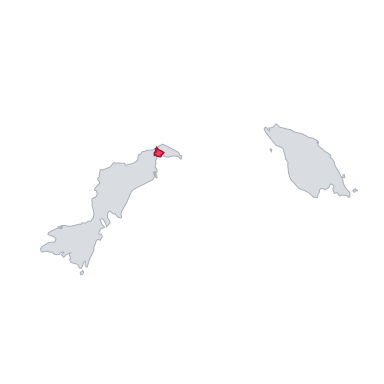 Simunjan, Sarawak, Malaysia (highlighted), rotated 166°
{"feature_id": "92858781B68418840965582", "entity_name": "Simunjan", "entity_type": "district", "adm_level": 2, "iso_a3": "MYS", "parent_name": "Malaysia", "parent_adm1": "Sarawak", "projection": "albers", "projection_center": [110.894, 1.279], "detail": "fine", "context": "in_parent", "style": "filled", "palette": "rose", "viewbox_px": 384, "rotation_deg": 166, "n_neighbors": 0, "source": "geoboundaries", "source_scale": "gbopen_adm2", "svg_char_len": 5000}
<svg xmlns="http://www.w3.org/2000/svg" viewBox="0 0 384 384"><g transform="rotate(166 192 192)"><path d="M325.3,190.7L323.3,190.4L320.4,188.6L317.5,188.0L309.1,188.1L307.9,187.5L306.2,188.6L303.3,187.7L301.6,187.8L299.8,188.9L297.2,188.0L295.9,189.5L294.2,190.5L292.4,194.7L292.0,199.8L292.4,202.8L291.5,204.6L291.2,208.1L290.6,209.6L288.2,210.3L287.2,209.8L285.0,212.0L284.5,212.8L284.4,216.3L286.1,217.4L286.1,218.1L282.6,220.9L279.6,222.6L279.2,224.0L280.4,227.0L279.9,228.5L278.3,229.2L277.1,233.0L275.7,235.5L275.2,235.8L273.1,235.0L265.1,236.1L262.8,238.1L260.5,239.4L258.7,238.2L257.8,238.3L250.4,236.1L250.1,234.3L249.3,233.9L241.6,234.1L236.9,236.1L235.1,240.9L232.5,241.4L230.7,243.1L227.3,242.9L225.3,243.4L222.1,242.6L219.0,242.5L209.2,245.6L206.1,243.4L196.5,234.7L195.2,233.2L194.9,230.5L193.8,230.0L193.5,229.3L193.3,228.5L194.8,226.4L196.3,229.2L198.7,230.7L202.8,231.8L206.6,231.4L212.0,234.3L213.7,234.7L215.6,234.5L219.0,236.7L221.0,236.8L218.3,235.3L217.8,234.1L218.1,232.9L219.9,231.1L220.1,228.4L221.5,225.8L221.7,224.5L220.8,223.6L220.6,221.9L221.3,219.6L223.1,220.8L224.6,220.5L224.6,216.4L225.8,214.6L227.6,213.3L245.9,209.2L248.9,208.2L250.9,206.9L257.5,198.1L265.4,189.8L266.4,186.9L266.3,184.8L266.8,184.3L267.6,184.0L269.4,185.1L270.3,185.9L271.9,189.5L273.4,189.6L276.0,193.0L276.6,193.4L277.4,193.2L279.4,191.0L279.9,189.4L279.5,189.1L280.4,187.3L279.6,186.1L278.8,181.9L283.4,178.9L283.4,182.4L284.8,187.3L287.1,188.0L288.3,187.7L287.6,186.2L287.4,183.3L286.7,181.4L285.3,178.9L289.1,178.4L292.1,175.7L292.5,174.0L290.6,173.1L289.9,171.8L289.8,170.5L292.8,167.3L293.2,168.2L295.1,168.5L296.0,168.4L297.3,167.1L298.0,165.3L300.3,162.7L301.6,158.6L307.4,152.1L312.0,144.4L312.9,145.0L313.2,147.1L312.2,150.7L314.2,149.8L317.7,144.7L319.8,145.5L319.7,146.9L320.5,149.5L326.3,152.8L327.1,156.1L325.8,157.4L326.3,160.6L325.8,161.6L323.9,162.5L329.1,161.6L332.2,159.7L334.0,162.8L331.1,164.1L331.7,165.4L334.5,164.6L336.2,163.5L337.9,163.7L340.6,165.0L341.4,165.7L341.9,167.2L343.9,167.8L347.9,169.9L351.5,169.8L352.8,170.9L352.7,173.6L350.8,175.3L343.2,177.6L341.3,177.5L338.5,176.7L336.5,177.2L335.3,179.8L337.6,182.5L341.5,185.2L342.0,185.9L341.3,187.2L332.4,189.4L330.6,189.2L327.3,187.9L325.3,190.7ZM39.0,152.8L40.0,149.1L41.3,148.9L42.7,151.1L47.3,152.8L48.8,152.3L49.4,152.6L50.0,153.2L51.3,156.2L54.3,156.3L54.6,161.0L53.2,162.8L53.0,164.0L55.2,166.2L56.4,165.7L57.5,163.7L62.5,161.8L64.4,164.0L66.3,164.0L67.7,163.2L68.7,160.7L70.7,158.8L71.4,156.4L74.3,157.1L75.4,157.6L78.5,162.7L82.7,166.3L85.8,168.3L87.7,170.2L92.8,179.5L93.4,182.4L93.7,187.0L92.8,193.9L91.8,197.3L92.0,198.9L93.3,201.4L92.9,203.7L93.0,211.1L94.6,213.7L99.1,216.9L105.7,231.1L106.8,235.1L106.2,236.6L105.0,237.0L104.0,236.2L103.4,234.2L101.8,232.7L102.0,235.5L99.1,235.1L97.1,235.5L94.7,237.4L93.5,237.5L91.5,233.9L84.0,229.8L81.2,228.7L78.3,225.6L71.7,222.2L67.5,218.8L65.7,216.8L61.4,214.9L59.6,212.8L57.8,211.6L58.8,209.5L57.9,205.5L54.9,201.9L53.4,199.4L50.6,196.8L48.4,193.7L49.7,192.8L47.5,189.4L46.8,187.0L46.8,182.4L44.6,175.9L42.7,166.9L43.1,163.8L42.6,160.4L39.0,152.8ZM317.9,141.4L316.9,142.3L316.7,139.9L318.0,138.7L319.9,138.4L320.0,140.6L319.5,141.2L317.9,141.4ZM34.5,152.4L35.7,154.2L34.8,155.2L34.1,154.9L32.8,155.7L31.4,154.0L31.2,153.2L32.9,153.3L34.5,152.4ZM223.7,220.0L223.2,220.2L222.5,219.6L222.3,214.6L222.8,214.2L223.6,215.1L223.7,220.0ZM42.4,169.9L41.2,172.2L40.0,171.9L40.2,169.2L40.9,168.9L42.4,169.9ZM330.4,190.5L328.1,190.8L326.5,190.8L326.7,189.4L327.5,189.2L330.4,190.5ZM105.9,214.5L104.6,214.5L104.3,213.9L105.3,212.1L105.9,214.5ZM58.2,209.9L57.3,210.2L57.4,209.1L58.1,208.6L58.2,209.9Z" fill="#d9dde1" stroke="#a8b0b8" stroke-width="1"/><path d="M209.8,237.1L210.9,238.2L211.4,238.9L213.3,240.4L213.7,240.8L213.8,240.9L213.9,241.1L214.0,241.2L214.3,241.3L214.5,241.4L214.7,241.5L214.7,241.8L214.8,241.9L214.9,242.0L215.0,242.1L215.1,242.3L215.2,242.5L215.2,242.8L215.0,243.0L215.4,243.7L215.5,243.5L215.6,243.4L215.6,243.2L215.7,242.9L215.9,242.8L216.0,242.8L216.4,242.9L216.5,242.9L216.8,242.9L217.0,242.8L217.1,242.6L217.2,242.3L217.2,242.2L217.2,241.9L217.2,241.6L217.1,241.3L217.1,241.1L216.7,240.7L216.5,240.4L216.6,240.1L216.8,239.9L217.1,239.8L217.4,239.8L217.5,239.9L217.7,239.7L217.8,239.6L218.0,239.5L218.3,239.6L218.6,239.7L218.9,239.4L219.0,239.2L219.0,238.9L219.0,238.7L219.2,238.4L219.3,238.2L219.4,237.8L219.4,237.6L219.3,237.2L219.3,236.9L219.1,236.9L218.8,236.8L218.7,236.8L218.5,236.7L218.3,236.7L218.1,236.5L217.7,236.0L217.3,235.3L217.2,235.2L216.9,235.1L216.8,234.9L216.6,234.8L216.3,234.7L216.1,234.7L215.8,234.6L215.5,234.5L215.3,234.4L215.2,234.3L214.8,234.1L214.7,234.0L214.5,233.9L214.3,233.8L214.1,233.8L213.9,233.8L213.7,233.9L213.6,234.0L213.0,234.6L213.1,234.9L213.1,235.0L213.0,235.3L212.9,235.4L212.9,235.5L212.6,235.6L212.4,235.7L212.3,235.8L212.2,235.8L211.5,235.8L211.3,235.9L211.1,236.1L210.9,236.2L210.6,236.3L210.3,236.6L210.1,236.8L209.9,237.0L209.8,237.1Z" fill="#f43f5e" stroke="#9f1239" stroke-width="1.5"/></g></svg>